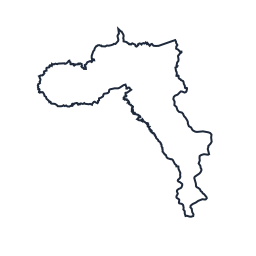 Novo Airão, Amazonas, Brazil, rotated 259°
{"feature_id": "56859067B99543147558304", "entity_name": "Novo Airão", "entity_type": "district", "adm_level": 2, "iso_a3": "BRA", "parent_name": "Brazil", "parent_adm1": "Amazonas", "projection": "robinson", "projection_center": [-61.712, -1.802], "detail": "fine", "context": "isolated", "style": "outline", "palette": "slate", "viewbox_px": 256, "rotation_deg": 259, "n_neighbors": 0, "source": "geoboundaries", "source_scale": "gbopen_adm2", "svg_char_len": 5937}
<svg xmlns="http://www.w3.org/2000/svg" viewBox="0 0 256 256"><g transform="rotate(259 128 128)"><path d="M30.6,167.7L30.6,169.1L29.3,171.5L28.9,172.9L29.1,175.2L30.8,175.8L33.1,175.0L36.7,175.1L38.2,174.1L39.8,174.7L41.0,176.9L41.9,180.4L43.1,183.1L43.9,187.4L43.1,189.9L43.1,190.7L44.0,191.9L45.1,191.9L48.5,190.1L49.6,188.9L51.0,188.5L52.1,187.4L54.2,186.9L55.7,185.6L56.6,184.4L57.6,183.7L60.6,184.0L66.2,183.5L67.4,184.2L69.7,189.5L70.9,190.9L72.5,192.0L73.6,192.2L74.9,191.7L77.1,191.8L79.7,190.6L82.3,192.2L85.1,192.5L86.8,193.0L87.5,194.7L87.8,197.5L86.5,201.5L86.8,202.6L92.3,202.3L94.0,203.3L94.9,203.3L97.0,206.2L98.6,207.5L102.8,207.8L105.6,208.7L107.4,207.7L108.4,206.1L110.4,201.0L111.0,194.8L111.6,193.3L112.9,191.6L114.1,190.7L116.4,190.1L118.1,188.1L121.0,187.6L122.3,187.9L124.1,187.6L127.4,186.3L128.8,185.3L131.5,184.7L132.9,183.8L134.1,181.2L134.8,180.7L136.3,179.9L139.4,179.6L141.6,177.9L145.0,178.8L147.8,178.0L149.8,178.9L150.8,180.4L151.3,183.1L153.8,186.7L153.5,188.0L152.0,190.3L152.2,191.6L152.9,192.4L155.2,193.4L155.9,193.5L156.2,193.2L156.2,192.0L156.6,191.6L158.8,191.8L160.7,191.2L162.6,191.3L163.6,191.0L164.9,189.1L165.6,189.0L166.6,187.7L167.5,187.3L169.5,187.6L169.9,187.3L169.7,186.2L170.0,185.5L171.9,186.3L173.6,186.4L174.9,186.0L178.3,186.1L178.7,187.8L179.2,188.2L179.3,187.7L179.9,187.5L183.0,188.8L184.1,190.2L185.7,190.7L189.1,190.8L189.8,191.4L190.2,192.3L191.1,192.9L192.0,194.9L192.8,195.0L193.2,193.4L195.2,192.3L196.7,190.4L198.9,191.0L199.5,192.0L200.1,192.3L202.2,191.5L203.6,191.6L205.3,191.1L202.8,173.6L203.4,170.2L203.9,168.7L206.0,167.5L206.0,166.9L204.6,165.0L206.4,164.1L206.6,163.0L207.5,163.4L207.9,163.2L207.4,162.3L208.6,161.7L207.8,160.5L207.8,160.0L208.4,159.3L208.1,157.8L207.4,157.2L208.4,156.3L208.8,155.3L208.3,153.9L207.5,153.9L206.3,152.0L206.8,151.1L208.4,151.0L210.3,148.3L209.4,146.9L209.9,146.3L209.7,145.8L210.1,144.9L210.9,144.8L211.5,143.7L212.6,143.1L213.9,140.2L216.1,140.6L217.0,140.4L219.1,141.3L220.4,141.3L223.9,140.1L224.1,139.5L227.1,137.4L222.3,137.1L221.8,136.3L220.3,135.2L216.5,135.4L215.3,134.9L212.9,131.7L213.3,130.1L212.8,129.3L212.5,127.0L212.5,124.4L213.0,123.1L212.4,121.2L213.3,117.7L214.0,117.5L214.1,116.7L214.8,115.7L214.9,113.9L214.4,113.3L214.4,112.5L212.5,110.5L210.9,109.8L209.9,108.5L205.7,106.1L203.5,105.7L202.6,106.1L201.7,107.7L200.9,107.7L201.4,105.6L200.0,105.3L199.7,104.9L200.9,103.6L200.3,100.6L198.4,99.0L198.1,97.6L196.7,97.4L195.8,98.1L194.0,97.9L194.5,95.9L195.6,95.7L196.1,94.6L197.2,94.0L198.0,94.7L199.0,94.4L199.6,94.7L200.5,93.5L200.6,93.1L199.9,92.2L199.9,91.9L200.7,91.4L200.1,90.5L200.4,88.9L199.5,87.1L199.8,86.7L200.9,87.3L201.5,86.2L201.4,84.1L201.8,83.7L203.4,84.1L204.2,83.3L205.3,83.3L205.2,82.6L204.2,81.6L203.2,79.9L203.0,78.4L203.6,78.0L204.5,71.9L204.2,70.7L205.0,69.0L204.6,67.6L204.9,66.8L204.6,66.2L205.3,65.6L203.6,65.0L204.2,64.4L204.5,63.3L204.0,62.8L203.5,63.1L203.3,62.5L202.6,62.3L202.6,59.6L201.9,59.2L199.9,59.0L199.6,56.5L199.0,56.1L197.7,56.4L196.4,55.0L196.5,54.5L196.0,54.0L196.3,52.4L195.8,50.6L194.9,51.1L194.2,50.8L192.9,51.3L192.2,51.3L190.7,50.6L190.4,50.1L188.9,50.2L188.5,49.6L188.2,48.3L186.7,47.5L185.6,47.9L184.7,47.3L183.8,47.6L183.3,47.4L183.2,48.3L182.8,48.5L180.2,47.4L179.5,48.2L180.0,49.3L179.5,49.9L179.6,50.7L179.2,51.3L176.8,52.2L175.5,52.1L174.1,53.5L172.4,53.5L169.8,55.5L168.4,55.7L168.6,56.8L168.4,57.0L167.0,57.1L166.6,57.4L165.6,60.9L164.1,62.5L162.8,63.2L162.1,66.3L162.1,68.1L162.6,69.0L161.6,70.1L161.9,71.6L160.8,72.5L160.2,74.5L160.6,75.6L160.4,77.4L161.9,77.4L162.4,78.0L162.3,78.7L161.5,79.1L162.3,80.3L162.4,82.3L162.2,82.8L160.5,83.4L160.4,83.8L161.1,84.6L160.4,85.3L161.1,86.4L160.3,88.1L160.3,88.8L160.8,89.8L160.0,90.4L158.8,94.0L158.9,95.4L157.7,97.1L158.6,97.5L160.1,99.4L160.2,100.3L159.3,101.2L158.2,102.8L159.1,103.6L160.2,103.7L160.7,104.9L162.6,105.2L162.9,107.2L163.8,109.5L165.7,110.4L166.2,111.1L166.1,114.2L166.4,115.4L167.1,116.2L168.9,116.8L169.4,117.8L169.5,122.6L168.8,125.9L169.1,127.4L170.9,131.8L171.1,133.8L167.3,134.4L167.0,134.1L166.8,134.5L167.6,136.1L167.3,137.1L166.2,137.4L164.9,138.4L162.8,133.7L163.1,132.9L162.9,132.2L160.7,131.9L160.1,132.6L159.6,132.5L159.3,132.0L159.6,130.5L159.1,130.2L158.8,130.0L158.5,129.6L158.2,130.0L157.4,130.0L157.1,129.5L156.3,130.3L156.7,131.3L156.3,132.3L155.6,132.2L154.8,133.5L154.1,133.4L153.7,133.7L153.1,133.0L153.0,133.8L152.6,134.0L152.2,133.3L151.8,133.3L150.6,134.4L150.3,135.3L149.5,135.4L148.8,136.4L148.3,136.4L148.0,136.9L147.4,136.7L146.9,135.7L145.9,135.4L145.4,136.3L143.8,136.2L144.2,135.0L143.8,134.8L141.8,135.7L141.6,136.2L142.1,136.3L141.7,137.0L140.8,136.3L140.5,136.8L141.3,137.7L139.9,138.4L139.1,140.3L138.6,140.8L138.2,140.7L137.7,141.8L136.9,142.1L136.7,141.7L136.2,141.9L136.2,140.2L135.4,139.6L134.9,138.7L133.5,140.3L133.0,141.9L133.2,142.3L132.8,142.5L133.9,143.8L133.0,144.2L131.9,143.6L131.5,143.7L131.3,145.1L129.5,146.6L129.2,147.8L128.8,148.4L128.3,147.9L127.7,148.3L127.5,147.7L127.0,148.1L125.9,147.7L125.2,149.3L124.5,148.5L123.2,149.1L122.7,148.9L122.6,149.4L121.5,150.2L120.9,149.4L120.2,149.7L119.8,150.1L120.0,150.6L119.1,150.5L118.7,151.3L118.2,151.3L118.1,152.2L116.8,152.9L116.4,152.6L115.6,153.3L115.1,153.1L113.8,153.8L113.3,153.6L112.7,153.8L110.7,155.2L109.2,155.5L108.7,156.3L107.2,157.2L106.2,157.1L105.8,157.6L105.2,157.7L103.4,157.4L101.8,158.1L101.0,157.6L100.0,157.9L98.2,157.4L97.2,158.2L96.1,158.3L95.6,159.0L94.5,159.4L94.1,160.1L92.1,160.3L90.8,161.1L89.2,164.0L89.0,165.0L88.0,165.9L83.8,167.1L82.1,168.4L81.1,168.2L80.6,170.1L78.2,169.8L73.9,170.8L72.0,170.2L70.1,170.1L68.8,169.2L67.6,167.2L66.7,166.8L65.9,167.2L64.7,168.9L62.7,170.5L61.6,170.4L59.7,169.3L59.0,168.4L58.4,165.8L57.4,164.2L56.3,163.9L54.0,164.4L52.0,162.7L51.0,162.3L50.1,162.5L48.3,164.4L47.6,164.6L44.9,163.7L44.3,163.9L43.2,166.4L41.9,167.4L39.1,167.4L37.5,166.8L35.5,167.8L33.4,167.4L30.6,167.7Z" fill="none" stroke="#1e293b" stroke-width="2"/></g></svg>